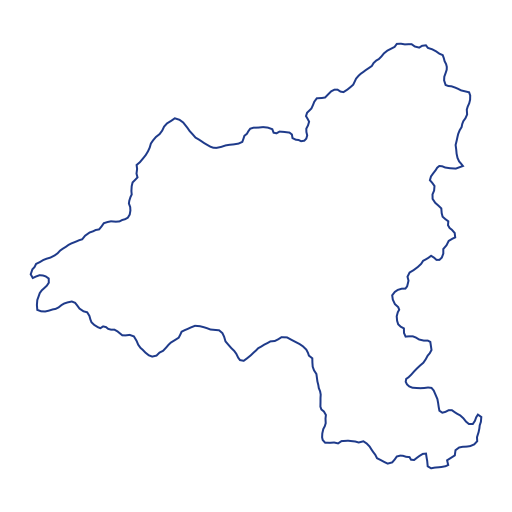 Ponto dos Volantes, Minas Gerais, Brazil (Albers equal-area conic projection)
{"feature_id": "56859067B62392836806132", "entity_name": "Ponto dos Volantes", "entity_type": "district", "adm_level": 2, "iso_a3": "BRA", "parent_name": "Brazil", "parent_adm1": "Minas Gerais", "projection": "albers", "projection_center": [-41.466, -16.842], "detail": "fine", "context": "isolated", "style": "outline", "palette": "blue", "viewbox_px": 512, "rotation_deg": 0, "n_neighbors": 0, "source": "geoboundaries", "source_scale": "gbopen_adm2", "svg_char_len": 5947}
<svg xmlns="http://www.w3.org/2000/svg" viewBox="0 0 512 512"><path d="M32.4,269.3L30.7,274.3L32.8,278.0L36.0,276.5L39.6,275.2L43.0,275.5L45.7,276.4L48.7,278.5L48.8,282.7L46.8,285.7L43.8,288.5L41.8,290.3L39.8,293.0L38.5,296.7L37.3,300.0L36.9,305.0L37.3,309.9L41.1,311.3L45.1,311.5L48.7,310.7L52.8,309.4L55.6,308.9L58.6,307.4L61.6,305.0L64.2,303.5L67.6,302.4L71.8,301.5L75.1,302.8L77.0,305.2L79.5,308.6L83.5,311.3L87.2,312.3L89.4,315.9L90.4,319.5L91.5,322.3L94.2,324.9L97.9,327.2L100.4,328.2L103.1,326.4L106.0,327.1L108.2,328.9L111.2,329.7L114.5,329.7L117.5,331.4L119.7,333.2L122.3,335.3L125.5,335.4L129.7,334.9L133.9,336.4L136.6,340.9L138.2,344.7L140.5,347.9L142.6,349.7L145.4,352.6L148.8,355.3L152.2,356.6L156.5,355.6L159.5,352.6L163.1,350.8L166.3,347.4L168.5,344.8L170.8,342.6L174.9,340.1L178.7,337.7L180.3,334.6L181.6,331.7L184.8,330.1L187.5,329.0L190.7,327.5L195.0,325.8L199.9,326.2L203.8,327.2L207.0,328.2L210.4,329.5L214.7,329.9L219.1,330.3L222.4,333.1L224.1,336.7L225.5,341.4L228.5,344.9L231.3,348.1L234.2,350.9L236.3,353.8L238.2,357.7L240.0,360.1L243.7,360.8L247.1,358.3L250.8,355.3L253.7,352.5L256.1,350.4L258.2,348.2L261.0,346.7L264.3,344.6L267.4,343.1L270.4,341.4L274.8,341.0L278.2,339.3L281.5,337.2L287.0,337.4L291.4,339.8L296.0,342.2L299.5,344.0L302.9,346.3L306.3,349.6L308.0,352.9L308.9,355.6L312.3,358.3L312.4,362.6L312.7,366.7L314.0,370.3L316.4,374.0L317.4,381.4L318.3,385.0L318.8,388.1L320.1,391.3L320.7,394.6L320.5,398.1L320.5,401.8L320.4,406.7L321.4,409.5L323.9,411.5L325.9,415.0L325.5,418.6L325.7,423.2L324.8,426.2L323.3,429.0L322.3,433.4L322.1,437.3L322.7,440.0L325.1,442.7L330.2,442.8L334.1,442.5L338.1,443.4L341.5,441.1L345.2,440.9L348.0,440.7L351.5,441.1L355.2,441.5L358.7,442.5L363.4,441.3L366.7,443.5L369.6,446.5L371.4,449.4L373.1,451.9L375.3,454.8L377.0,458.2L380.6,460.0L384.5,462.1L387.7,463.6L392.2,462.4L394.7,459.5L396.8,456.5L400.3,455.6L403.0,455.8L406.1,456.8L409.5,457.1L411.0,459.7L414.1,460.0L416.9,457.8L419.5,455.9L422.8,453.9L426.0,453.6L426.6,457.6L427.2,461.0L427.7,466.3L431.1,468.3L434.7,467.6L438.4,467.3L441.4,467.0L445.6,466.2L448.2,465.0L447.1,460.3L450.7,458.0L454.8,455.4L455.5,450.2L459.1,447.5L462.5,446.8L466.7,446.6L470.2,446.1L474.2,444.4L477.2,441.2L477.0,437.2L478.6,432.1L479.4,428.2L479.7,425.4L480.9,421.8L481.3,417.0L477.9,414.6L476.2,417.3L474.9,420.9L472.8,424.0L468.9,424.0L466.0,421.6L463.4,418.3L460.2,415.4L457.2,413.8L454.7,412.2L451.9,410.2L448.7,410.2L445.4,411.9L442.3,412.7L439.4,410.7L438.7,407.0L438.1,402.9L437.4,399.1L435.7,395.1L433.7,390.5L431.5,387.9L428.1,387.5L424.2,388.0L420.4,388.2L416.5,388.0L412.4,387.7L409.2,386.4L407.0,384.4L405.7,381.8L406.2,378.9L408.5,377.3L411.2,374.7L414.2,371.3L416.8,368.6L420.1,365.5L423.3,362.8L425.7,359.3L427.7,355.6L429.7,353.3L431.5,350.0L430.9,345.9L430.3,341.9L427.8,340.6L423.8,340.6L419.1,339.5L415.8,337.5L412.7,336.3L409.3,336.3L405.6,336.6L404.0,333.0L403.9,328.4L400.7,326.7L398.2,324.3L397.1,320.8L396.7,316.3L397.8,312.2L399.2,309.7L398.2,307.1L394.9,304.1L392.8,299.6L392.2,295.3L394.8,291.9L397.8,289.9L401.7,288.7L405.4,288.6L407.1,286.4L407.8,283.7L408.5,280.7L407.5,276.7L409.6,272.5L413.5,270.2L417.8,267.0L421.2,263.8L423.1,260.8L425.4,259.6L428.3,257.9L431.1,255.8L434.1,257.7L436.5,259.9L439.4,259.9L441.8,257.6L443.3,253.6L443.3,249.0L446.5,245.3L448.7,240.9L452.6,238.6L455.2,237.4L454.7,233.0L451.9,229.8L449.6,228.0L448.0,225.2L448.3,221.3L445.3,219.1L442.6,216.7L441.7,213.2L441.3,208.4L438.4,205.6L435.2,202.8L432.6,198.9L432.5,194.4L434.1,190.6L434.5,186.0L432.2,182.8L429.9,180.2L431.0,176.4L433.3,173.2L435.7,170.1L437.2,167.7L439.3,166.0L442.3,166.3L445.1,167.5L449.8,168.2L455.8,168.6L459.1,167.4L462.9,166.0L461.1,163.7L459.1,161.4L457.5,157.9L456.6,153.7L456.2,149.4L455.6,145.0L456.7,140.5L457.5,136.8L458.2,133.9L459.7,130.2L461.6,127.1L462.2,124.1L463.3,121.2L465.4,118.3L467.1,114.5L466.8,109.6L467.7,106.6L469.2,103.3L470.1,99.7L470.2,95.5L469.1,92.3L465.3,91.4L461.1,90.4L458.0,88.8L455.2,87.6L451.5,86.3L448.3,86.0L445.6,85.0L444.1,80.4L444.3,76.7L445.7,72.8L446.7,69.7L446.8,66.9L446.1,64.1L444.6,61.2L443.8,58.1L442.7,55.1L439.4,53.7L436.0,51.3L432.2,49.3L427.9,47.9L425.9,45.3L422.1,45.8L419.2,47.6L414.8,46.5L411.6,44.2L408.5,44.2L404.9,44.4L400.9,43.7L396.8,43.9L394.6,46.9L391.5,48.5L387.4,50.6L383.9,53.4L381.4,56.5L378.8,59.1L376.3,60.5L373.6,63.0L371.8,66.0L368.9,68.0L365.6,70.2L363.4,71.9L360.8,73.7L358.7,75.6L356.1,78.6L354.7,81.6L353.2,84.7L350.7,86.9L347.5,89.5L343.5,92.1L340.5,91.6L337.6,89.7L334.4,89.7L331.2,91.3L328.0,94.5L325.1,97.5L321.9,98.0L316.8,98.3L314.3,101.7L313.0,105.0L311.4,108.5L309.4,110.5L307.1,112.7L306.0,116.1L307.6,118.8L309.1,121.7L308.0,125.4L306.3,128.7L306.4,132.0L307.2,135.4L306.3,138.6L304.3,140.7L301.1,141.2L298.6,140.0L295.8,139.7L292.5,138.1L291.9,134.5L289.5,132.6L283.8,131.9L279.5,131.6L276.5,133.3L273.6,132.7L272.3,129.2L267.8,127.6L263.1,127.1L258.1,127.6L253.5,127.7L250.2,128.7L248.3,131.3L246.9,133.8L244.4,135.8L243.4,138.9L242.3,141.9L238.5,143.6L233.6,144.4L229.4,144.8L225.7,145.4L221.2,146.9L216.4,147.9L213.2,147.7L210.4,146.7L206.9,144.7L204.0,143.0L201.4,141.2L198.8,139.5L195.5,137.6L192.8,134.5L189.6,131.0L187.4,127.8L185.5,125.4L183.2,122.5L179.5,119.8L174.8,118.3L171.4,120.7L167.0,123.4L164.1,126.6L162.2,130.6L159.6,134.1L155.9,137.0L153.1,140.3L150.9,143.5L149.7,147.6L148.0,151.3L145.7,155.1L142.9,158.6L139.9,162.2L136.6,165.0L137.1,168.9L136.5,173.6L137.5,177.4L134.9,180.1L132.6,182.4L131.7,186.1L131.4,191.0L131.7,194.5L130.5,197.0L129.3,200.7L128.9,203.5L130.2,207.1L130.4,210.6L129.7,214.6L127.8,217.7L125.1,219.2L122.2,220.0L119.5,221.4L115.9,221.7L111.0,221.3L107.6,222.0L103.8,223.2L101.5,226.5L99.1,229.4L95.7,230.0L93.1,231.3L89.6,232.5L85.1,235.7L82.2,239.3L79.2,240.2L76.7,241.3L74.0,242.4L71.4,243.4L68.5,244.9L65.9,246.8L62.8,248.7L60.1,250.6L57.6,253.3L54.7,255.4L50.4,257.6L46.6,258.7L43.3,260.0L39.8,262.1L36.1,263.9L34.5,267.1L32.4,269.3Z" fill="none" stroke="#1e3a8a" stroke-width="2"/></svg>